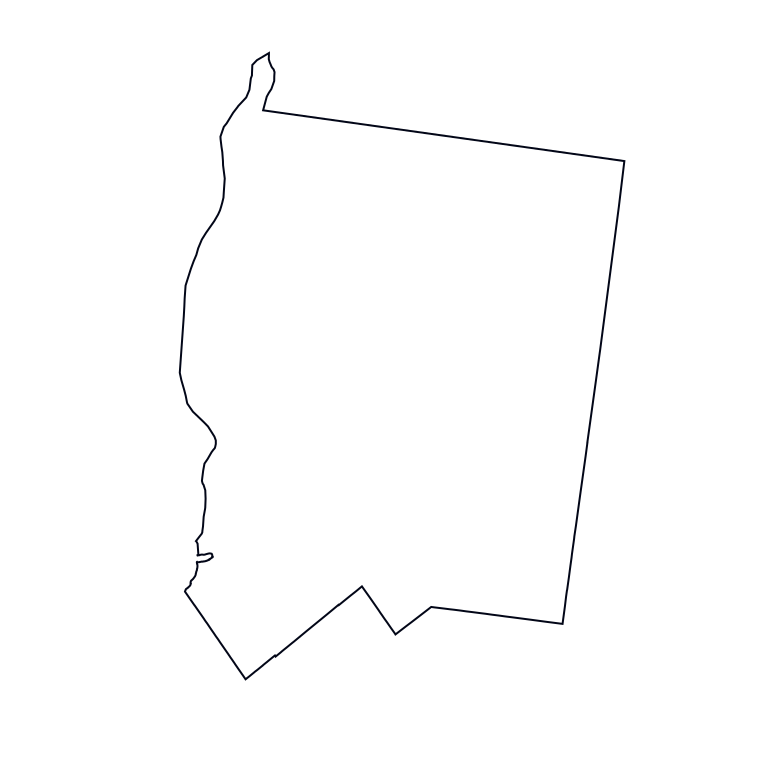 San Fernando, Chaco, Argentina (Natural Earth projection), rotated 188°
{"feature_id": "61730980B8313439795489", "entity_name": "San Fernando", "entity_type": "district", "adm_level": 2, "iso_a3": "ARG", "parent_name": "Argentina", "parent_adm1": "Chaco", "projection": "natural_earth1", "projection_center": [-58.982, -27.701], "detail": "fine", "context": "isolated", "style": "outline", "palette": "ink", "viewbox_px": 768, "rotation_deg": 188, "n_neighbors": 0, "source": "geoboundaries", "source_scale": "gbopen_adm2", "svg_char_len": 5207}
<svg xmlns="http://www.w3.org/2000/svg" viewBox="0 0 768 768"><g transform="rotate(188 384 384)"><path d="M177.0,638.2L541.8,638.2L540.1,652.2L538.6,656.2L536.6,660.4L534.9,668.8L535.5,673.7L535.8,677.6L537.1,680.2L538.7,681.6L539.7,682.8L540.7,684.6L542.1,686.9L543.3,689.6L543.7,693.3L544.0,695.7L554.9,687.0L558.8,681.6L557.9,672.6L557.7,671.3L557.7,671.2L558.4,668.1L558.2,656.6L560.3,648.6L567.1,638.9L567.4,638.2L571.2,631.5L576.1,620.2L578.4,616.4L580.4,606.2L579.9,603.7L578.0,596.5L576.4,591.1L574.5,582.3L573.8,578.2L570.3,565.3L569.4,552.6L568.9,546.2L569.4,541.1L570.0,536.7L570.6,533.1L571.9,528.7L574.8,521.6L581.3,508.9L584.5,501.7L586.9,492.5L587.8,485.7L589.6,479.0L591.3,471.1L594.2,453.9L593.3,440.9L592.5,432.8L591.7,423.4L587.8,366.7L585.2,359.6L581.2,350.7L578.7,344.7L576.6,338.6L576.0,337.2L569.4,330.0L557.2,321.2L552.4,317.5L550.7,315.5L546.7,310.8L544.6,308.3L542.7,304.7L542.2,301.2L542.4,298.3L542.7,296.8L543.9,295.0L545.3,292.4L548.2,285.2L550.7,280.2L551.0,272.9L550.9,265.6L550.8,262.7L549.7,260.1L548.7,259.1L546.2,253.9L544.7,245.6L543.8,236.6L543.8,235.1L544.1,227.5L543.4,217.7L543.4,213.3L543.3,211.8L543.7,210.3L545.8,206.7L548.3,202.3L548.1,202.2L546.4,200.0L544.1,189.3L545.5,188.0L544.3,188.4L543.7,188.6L542.9,188.8L542.3,189.2L541.2,189.6L539.8,189.8L538.8,189.8L537.7,190.1L536.5,190.7L535.1,191.3L534.4,191.6L533.1,192.0L531.7,192.0L531.0,191.9L530.5,191.1L530.4,191.0L530.3,190.6L530.2,190.3L530.0,190.0L529.9,189.6L530.1,189.6L530.2,189.3L530.2,189.2L529.9,189.0L529.7,189.0L529.5,188.9L529.6,188.6L529.8,188.4L530.1,188.2L530.6,187.8L530.7,187.7L530.8,187.6L531.4,187.0L531.5,186.9L531.9,186.7L532.1,186.5L532.1,186.4L532.3,186.4L532.5,186.2L532.9,185.5L533.0,185.5L533.0,185.3L533.3,185.2L533.9,184.9L534.1,184.9L534.3,184.8L534.4,184.7L534.6,184.5L534.7,184.4L534.8,184.3L535.2,184.2L535.4,184.1L535.5,184.1L535.7,183.9L535.9,183.8L536.2,183.7L536.3,183.7L537.3,183.3L537.7,183.3L537.9,183.2L538.0,183.1L538.9,182.9L539.2,182.8L539.3,182.8L539.4,182.7L539.6,182.7L539.9,182.7L540.1,182.7L540.7,182.4L541.0,182.3L541.2,182.2L541.3,182.2L541.9,182.0L542.0,181.9L542.3,181.9L542.5,181.8L543.1,181.6L543.3,181.6L543.8,181.6L544.0,181.6L544.3,181.7L544.4,181.8L544.5,181.7L544.5,181.4L544.5,181.2L544.4,181.0L544.4,180.9L544.3,180.6L544.2,180.3L544.1,179.9L544.0,179.6L543.9,179.5L543.7,179.2L543.6,178.9L543.4,177.9L543.4,177.7L543.3,177.2L543.3,176.8L543.3,176.6L543.3,176.4L543.3,176.2L543.3,175.6L543.3,175.4L543.4,174.9L543.5,174.8L543.5,174.6L543.4,174.4L543.4,173.7L543.4,173.4L543.5,173.2L543.7,172.3L543.7,172.2L543.8,171.9L543.8,171.7L543.8,170.9L543.9,170.6L543.9,170.4L544.0,170.1L543.9,169.8L544.0,168.7L544.1,168.2L544.3,167.6L544.4,167.3L544.4,167.2L544.5,167.0L544.9,166.4L545.0,166.1L545.1,165.9L545.6,165.0L545.7,164.8L545.8,164.7L545.9,164.4L546.0,164.3L546.1,164.2L546.5,163.7L546.8,163.4L546.9,163.2L547.1,162.9L547.2,162.7L547.4,162.5L547.6,162.4L547.6,162.2L547.8,161.8L547.8,161.7L547.9,161.4L547.9,160.9L547.9,160.6L547.9,160.4L547.9,160.2L547.8,159.9L547.8,159.7L547.5,159.6L547.5,159.4L547.6,159.1L547.7,158.2L547.8,158.0L547.8,157.9L547.9,157.7L548.0,157.6L548.3,156.9L548.4,156.7L548.5,156.6L548.9,156.2L549.0,156.0L549.3,155.7L549.5,155.5L549.7,155.1L549.8,155.1L550.4,154.5L550.5,154.3L550.7,154.1L550.8,154.0L551.4,153.5L551.5,153.3L551.6,153.2L551.7,152.8L551.9,152.2L551.9,151.9L552.0,151.7L552.1,151.1L552.2,150.7L549.3,147.6L546.1,144.1L540.8,138.4L540.7,138.4L538.4,135.9L535.9,133.2L533.3,130.4L530.8,127.7L529.7,126.5L528.5,125.1L527.2,123.7L525.8,122.3L523.3,119.5L520.5,116.4L517.9,113.6L515.4,110.8L512.8,108.1L510.4,105.4L507.8,102.6L504.4,98.9L501.8,96.1L500.4,94.6L500.1,94.2L499.4,93.5L498.2,92.1L496.3,90.1L494.1,87.7L492.9,86.4L492.6,86.0L491.4,84.7L489.2,82.3L488.0,81.0L486.4,79.3L485.2,78.0L485.0,77.8L484.9,77.7L484.4,77.1L483.5,76.2L482.6,75.2L482.0,74.5L481.5,74.0L480.5,72.9L480.0,72.3L479.9,72.4L479.8,72.5L479.5,72.8L479.2,73.1L478.9,73.5L478.2,74.2L477.5,74.9L476.1,76.4L474.8,77.8L473.6,79.1L472.3,80.5L472.0,80.9L470.7,82.2L470.2,82.7L469.6,83.3L464.7,88.6L464.6,88.8L462.1,91.5L461.4,92.2L459.6,94.2L457.1,96.9L454.6,99.6L454.2,100.0L453.4,99.0L448.5,104.3L448.4,104.5L446.4,106.7L443.3,110.0L438.6,115.1L437.8,115.9L426.7,128.1L419.4,136.0L415.7,140.0L408.2,148.1L403.2,153.6L398.3,159.0L398.0,158.7L396.7,160.1L392.9,164.2L387.6,169.9L382.8,174.9L377.7,180.5L372.8,175.3L369.0,171.3L365.0,167.0L362.6,164.4L360.2,161.8L357.7,159.1L355.4,156.5L353.3,154.3L352.8,153.7L350.3,151.0L347.7,148.3L345.4,145.8L342.9,143.1L341.0,141.1L339.1,139.1L338.2,138.1L337.8,137.6L337.7,137.7L328.5,147.1L323.7,151.9L309.7,166.2L306.2,169.8L304.7,169.8L303.1,169.8L293.2,170.0L286.8,170.1L283.4,170.2L277.0,170.3L270.4,170.3L265.6,170.4L257.4,170.5L251.2,170.6L244.7,170.6L238.1,170.7L231.5,170.7L225.1,170.8L215.5,170.9L205.8,171.0L189.8,171.1L173.8,171.3L173.9,189.0L174.1,199.0L174.1,205.0L174.0,205.6L174.0,205.8L174.0,209.0L174.0,212.1L174.0,218.4L174.1,230.1L174.1,238.1L174.2,241.9L174.2,253.5L174.2,257.2L174.3,259.5L174.3,260.5L174.2,270.3L174.3,301.1L174.3,340.5L174.4,354.3L174.5,354.3L174.6,416.8L174.7,441.7L174.7,447.9L176.1,592.4L177.0,638.2Z" fill="none" stroke="#020617" stroke-width="2"/></g></svg>